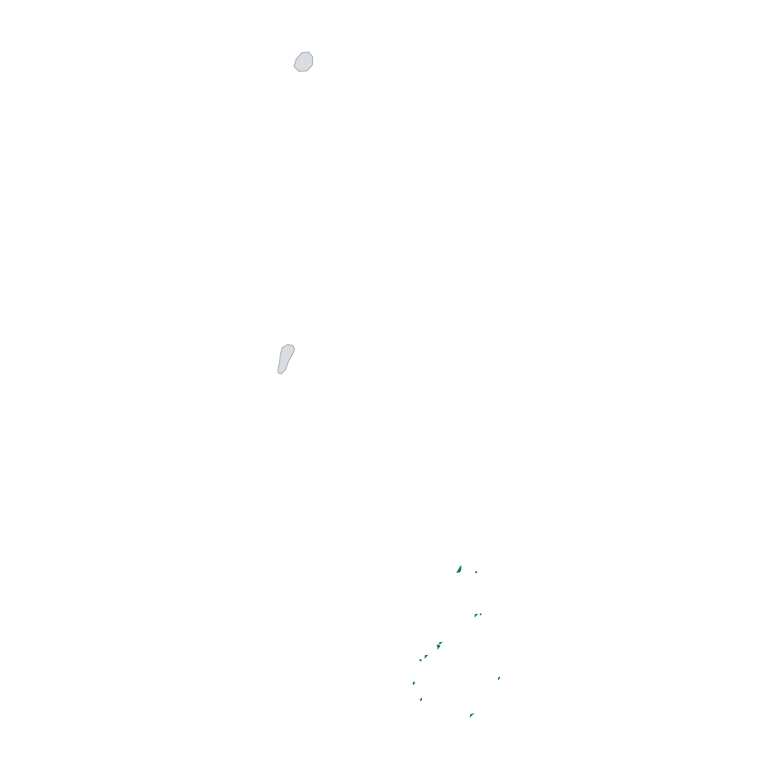 location of Baa within Maldives, rotated 178°
{"feature_id": "MDV-5228", "entity_name": "Baa", "entity_type": "Atoll", "adm_level": 1, "iso_a3": "MDV", "parent_name": "Maldives", "parent_adm1": "", "projection": "orthographic", "projection_center": [73.003, 5.117], "detail": "fine", "context": "in_parent", "style": "filled", "palette": "teal", "viewbox_px": 768, "rotation_deg": 178, "n_neighbors": 0, "source": "natural_earth", "source_scale": "10m", "svg_char_len": 1272}
<svg xmlns="http://www.w3.org/2000/svg" viewBox="0 0 768 768"><g transform="rotate(178 384 384)"><path d="M484.4,423.9L479.0,426.8L473.9,425.6L472.1,421.9L474.7,416.4L478.9,409.4L481.9,401.8L486.2,397.7L489.5,399.0L489.1,403.3L487.6,409.2L486.6,416.8L484.4,423.9ZM454.5,717.9L447.8,718.4L443.7,713.1L444.6,705.2L449.8,699.7L458.0,699.4L462.8,704.3L460.3,711.9L454.5,717.9Z" fill="#d9dde1" stroke="#a8b0b8" stroke-width="1"/><path d="M317.0,193.6L314.0,198.3L313.9,198.4L314.1,195.3L314.9,194.0L316.0,193.7L317.0,193.6ZM338.9,118.7L338.9,118.8L339.2,119.6L339.6,120.4L339.6,120.8L338.4,120.9L337.7,120.1L338.0,119.7L338.5,119.3L338.9,118.7ZM352.1,109.9L352.0,110.8L351.1,110.9L352.1,109.9ZM364.9,83.6L364.9,84.3L363.8,84.7L364.9,83.6ZM308.8,49.6L308.6,50.4L307.7,50.6L308.8,49.6ZM300.8,149.2L300.8,149.3L300.6,149.9L300.6,150.0L300.2,150.2L299.8,150.3L299.7,150.3L300.8,149.2ZM337.5,122.3L337.1,123.3L336.4,123.4L337.5,122.3ZM297.6,192.7L299.3,192.5L299.2,192.5L298.7,192.9L297.6,192.7L297.6,192.7ZM358.9,66.6L357.8,67.7L357.8,67.2L358.9,66.6ZM279.6,85.7L279.6,85.8L279.3,86.5L278.6,86.8L279.6,85.7ZM356.1,106.2L357.1,106.6L358.2,107.0L357.1,106.8L356.1,106.2ZM296.1,150.0L295.1,151.0L295.3,150.4L296.1,150.0Z" fill="#14b8a6" stroke="#0f766e" stroke-width="1.5"/></g></svg>